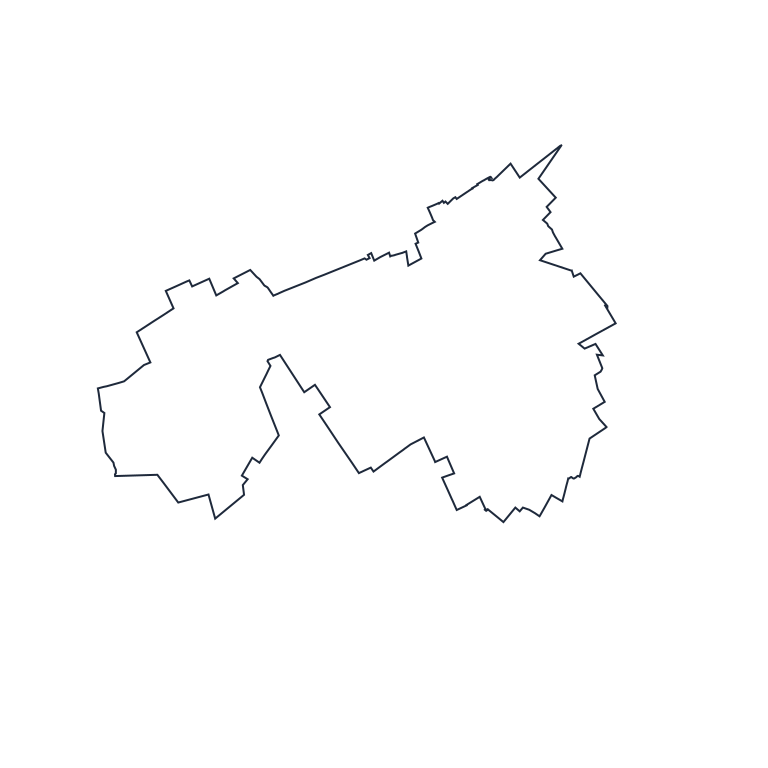 Llera, Tamaulipas, Mexico (Mercator projection), rotated 148°
{"feature_id": "50627088B23669554606070", "entity_name": "Llera", "entity_type": "district", "adm_level": 2, "iso_a3": "MEX", "parent_name": "Mexico", "parent_adm1": "Tamaulipas", "projection": "mercator", "projection_center": [-98.912, 23.298], "detail": "fine", "context": "isolated", "style": "outline", "palette": "slate", "viewbox_px": 768, "rotation_deg": 148, "n_neighbors": 0, "source": "geoboundaries", "source_scale": "gbopen_adm2", "svg_char_len": 4246}
<svg xmlns="http://www.w3.org/2000/svg" viewBox="0 0 768 768"><g transform="rotate(148 384 384)"><path d="M107.2,492.4L108.3,492.6L147.6,488.4L159.5,487.1L159.9,503.8L177.2,500.1L177.9,499.9L180.9,499.4L181.1,499.4L182.2,499.1L182.5,499.0L182.8,499.0L183.1,498.9L184.0,499.1L184.3,499.5L185.6,500.5L186.8,501.1L186.9,501.9L186.6,502.4L185.1,502.7L184.6,502.7L183.7,502.0L183.7,502.7L184.1,503.4L187.5,503.7L190.3,503.8L190.9,503.8L191.6,503.8L191.8,503.9L194.1,504.0L195.2,504.0L196.1,504.0L199.0,504.1L199.0,503.1L205.3,503.4L205.3,502.8L205.5,502.8L206.1,502.9L206.3,503.0L212.6,502.8L218.8,502.6L224.3,502.4L224.5,504.6L226.9,504.7L234.5,503.0L235.2,506.2L237.2,505.9L237.3,508.4L241.7,507.8L241.7,508.5L243.6,508.7L248.7,509.5L251.9,510.1L253.5,510.3L254.2,505.1L255.1,499.4L255.3,498.5L255.6,497.0L255.0,494.6L257.5,494.9L261.8,495.3L262.9,495.4L266.0,495.4L269.2,495.1L270.8,495.0L277.9,495.1L280.0,485.8L282.9,486.2L284.4,477.8L285.4,472.6L285.8,470.6L300.6,471.5L297.3,479.3L296.7,480.5L296.5,481.0L294.9,484.7L299.5,485.6L299.9,485.8L300.3,485.9L300.7,486.0L302.4,486.5L306.2,487.6L306.7,487.6L307.1,487.8L308.7,488.3L309.6,488.8L311.1,488.9L310.1,492.7L320.0,493.6L326.9,493.8L325.5,501.8L329.3,502.0L329.5,498.4L333.0,498.7L333.9,500.8L338.3,501.5L347.9,503.2L376.7,508.3L385.5,510.0L396.7,511.7L417.4,515.5L419.0,515.8L424.7,516.6L425.6,516.7L426.7,516.8L426.9,516.9L430.7,517.5L431.1,517.5L431.1,518.4L431.3,521.7L431.5,526.6L431.6,527.5L431.8,528.1L432.8,530.0L433.1,530.5L433.3,531.1L433.9,538.3L434.0,539.0L435.3,542.5L437.0,551.6L455.5,553.2L454.5,547.0L460.5,547.3L469.3,547.7L471.2,547.7L479.3,548.0L476.4,565.9L494.1,568.3L495.0,568.4L494.2,575.0L497.0,575.5L499.2,575.8L508.2,577.0L519.7,578.6L522.4,559.7L535.0,559.4L545.2,559.3L566.3,558.9L570.7,526.1L577.5,527.3L598.9,524.5L603.0,524.0L608.5,525.5L620.3,529.0L623.2,530.1L629.0,531.9L631.0,527.0L638.1,511.3L636.5,507.6L647.7,493.3L656.4,473.2L655.1,460.7L656.3,457.5L656.8,453.4L658.8,450.3L660.0,450.0L660.8,448.4L624.3,427.1L624.3,426.8L623.4,417.2L621.3,392.5L591.4,383.3L598.5,359.3L561.4,364.2L557.3,373.1L550.1,375.5L553.1,381.6L534.8,391.3L531.3,383.2L527.3,385.1L522.5,387.2L520.8,387.9L512.0,391.4L500.5,396.1L499.9,399.2L496.6,417.2L494.1,430.3L492.0,440.9L490.9,447.0L486.0,450.0L481.8,452.6L478.2,454.8L475.1,456.8L470.7,459.5L470.7,465.1L469.5,465.9L464.1,464.8L462.7,464.4L456.8,463.8L456.0,419.3L443.0,419.9L442.8,415.0L442.1,393.0L455.0,392.5L454.5,376.8L454.0,358.6L452.9,333.8L452.5,321.7L450.4,321.5L450.1,321.4L447.3,321.1L446.6,321.0L445.0,320.8L439.5,320.1L439.3,315.3L429.1,316.1L423.8,316.5L423.3,316.5L413.9,317.2L407.2,317.7L403.9,317.9L402.4,318.0L400.7,318.2L398.8,318.3L393.5,318.7L378.5,317.5L381.7,292.0L382.0,290.7L369.1,289.0L369.5,286.7L371.9,271.0L377.5,272.3L384.3,273.8L384.9,269.5L386.0,261.2L387.5,250.3L387.7,248.5L387.9,247.1L388.5,243.0L389.1,238.6L378.3,237.3L378.3,237.7L362.6,237.6L364.3,224.1L365.1,223.9L364.6,222.4L363.1,222.9L363.0,222.4L362.3,222.6L362.0,221.6L357.9,209.6L355.9,203.6L338.1,209.6L336.4,204.1L331.7,205.6L327.5,200.4L324.3,194.2L324.1,193.7L322.2,189.4L321.0,190.0L313.4,194.1L300.8,201.1L298.2,196.1L294.9,189.9L292.8,192.0L292.0,192.7L288.3,196.2L287.6,196.9L285.6,198.8L284.2,200.2L282.3,202.0L280.0,204.1L277.9,206.2L277.8,206.3L277.4,205.9L277.1,205.8L276.7,205.9L275.0,206.0L274.7,206.0L274.5,205.9L273.7,203.9L273.4,203.5L273.1,203.2L272.8,203.1L271.1,203.1L270.7,203.1L270.4,203.1L269.2,203.4L268.7,203.4L268.4,203.4L268.2,203.3L268.1,203.2L267.9,202.9L267.5,202.3L267.2,201.7L266.9,202.0L266.6,202.3L266.1,202.7L265.6,203.2L264.4,204.4L260.6,208.0L256.0,212.3L251.9,216.2L238.6,228.8L219.2,229.4L218.1,229.6L220.0,240.2L219.9,243.4L219.6,252.1L206.3,251.9L205.4,266.6L200.7,279.7L193.8,279.7L191.7,280.8L190.5,281.7L187.9,296.0L183.3,292.3L183.4,305.9L195.1,307.7L197.6,315.0L178.6,314.0L155.4,312.7L154.9,333.5L154.4,333.5L154.5,329.9L153.2,331.7L155.1,345.7L158.8,373.8L161.3,374.0L166.2,374.5L164.7,380.6L164.8,380.6L186.1,406.3L177.9,408.8L166.8,405.8L161.1,404.2L160.7,417.2L160.7,418.6L160.4,423.0L159.7,426.0L161.1,430.8L160.6,433.5L162.3,438.9L151.7,441.5L152.2,448.0L139.6,451.0L142.9,468.7L144.3,476.2L107.2,492.3L107.2,492.4Z" fill="none" stroke="#1e293b" stroke-width="2"/></g></svg>